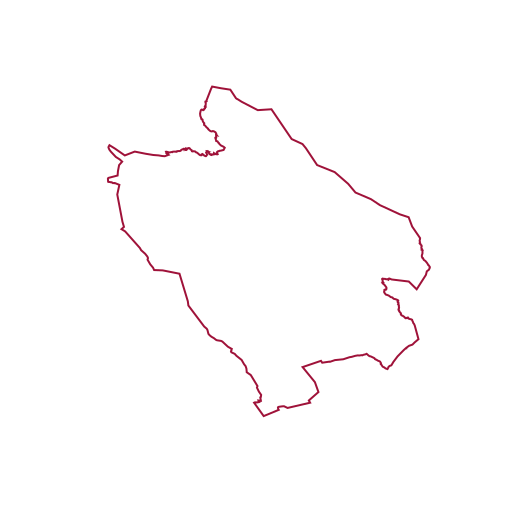 outline of Vang nor, Oppland, Norway, rotated 30°
{"feature_id": "86288312B14831556842488", "entity_name": "Vang nor", "entity_type": "district", "adm_level": 2, "iso_a3": "NOR", "parent_name": "Norway", "parent_adm1": "Oppland", "projection": "robinson", "projection_center": [8.416, 61.192], "detail": "fine", "context": "isolated", "style": "outline", "palette": "rose", "viewbox_px": 512, "rotation_deg": 30, "n_neighbors": 0, "source": "geoboundaries", "source_scale": "gbopen_adm2", "svg_char_len": 6090}
<svg xmlns="http://www.w3.org/2000/svg" viewBox="0 0 512 512"><g transform="rotate(30 256 256)"><path d="M174.8,319.1L182.4,315.1L198.6,309.6L219.6,329.3L222.2,332.7L246.4,343.0L249.7,343.6L251.0,344.4L253.7,347.2L255.4,347.8L257.8,348.2L260.6,348.2L263.2,348.6L264.3,348.5L268.2,347.0L269.6,346.9L277.0,348.6L281.5,348.6L281.6,349.5L281.9,349.9L281.9,350.4L282.0,351.1L282.8,351.7L286.5,351.4L288.9,352.2L295.5,353.2L299.8,355.7L302.1,356.6L304.0,358.3L306.1,361.3L311.0,361.7L322.3,367.9L322.6,369.5L326.3,372.0L329.9,373.7L330.7,375.7L330.4,376.3L332.6,378.9L330.4,379.9L331.2,380.5L331.6,380.6L331.2,381.0L331.4,381.2L329.9,382.5L329.4,382.6L328.1,383.4L327.7,384.0L342.7,390.8L352.6,377.9L351.7,377.4L350.7,376.1L350.8,375.7L351.3,375.1L354.0,373.0L355.4,372.1L359.3,371.8L376.2,356.0L374.0,354.7L378.1,342.6L370.1,335.8L351.9,328.9L364.7,314.3L366.7,315.3L372.5,310.7L372.9,310.7L376.4,306.7L383.2,301.8L387.6,296.9L389.3,295.5L391.8,292.9L393.8,291.2L395.1,290.6L397.0,289.1L397.7,288.9L398.4,287.9L399.9,286.5L400.7,285.4L403.2,285.9L404.4,286.0L405.4,285.6L409.1,285.3L410.0,285.4L410.6,285.8L411.4,285.8L412.0,285.6L413.8,285.7L415.7,285.4L416.4,285.5L417.9,286.4L417.9,286.5L417.8,286.8L417.9,287.1L418.0,287.2L419.1,287.5L420.8,288.4L421.9,288.5L422.8,288.3L424.3,288.6L426.4,288.2L426.4,286.8L426.2,286.2L426.6,284.5L427.8,283.1L427.9,282.6L427.9,280.3L428.0,279.8L427.9,279.3L428.8,272.1L431.0,263.6L432.0,260.5L432.3,260.5L432.2,260.1L433.4,257.3L435.8,254.5L436.6,251.5L438.3,246.8L428.2,236.8L426.8,235.8L425.7,235.4L425.0,234.7L423.5,233.7L423.1,233.2L422.3,233.2L419.9,233.9L418.3,233.3L418.0,233.7L418.1,234.1L417.1,234.5L416.9,235.0L415.8,235.0L414.8,234.5L414.1,234.6L412.9,234.4L412.1,234.6L411.3,234.5L410.4,233.9L410.4,233.5L409.6,232.9L408.6,232.7L407.5,232.2L407.3,231.7L406.3,231.4L406.0,230.8L406.2,230.4L406.1,230.1L405.5,229.1L405.5,228.8L404.6,227.9L404.4,227.2L403.4,226.9L403.5,226.6L403.0,226.1L403.0,225.5L402.8,225.3L402.0,225.2L401.5,224.9L401.3,224.4L401.6,223.6L401.4,223.4L400.6,223.3L398.6,223.6L396.7,224.2L395.6,224.0L394.9,223.7L393.2,224.2L390.8,223.9L388.7,224.2L388.1,224.5L387.2,224.3L385.6,223.6L385.0,223.2L384.7,222.6L384.7,222.2L384.1,221.2L384.2,220.9L385.3,220.3L385.5,219.8L385.4,219.4L385.1,219.1L385.1,218.6L384.6,218.0L381.9,216.8L379.7,216.4L378.9,216.1L379.5,215.3L378.3,214.7L378.2,214.4L377.7,213.6L376.9,213.1L376.7,212.7L377.0,212.2L378.1,211.9L379.1,211.3L380.3,211.1L381.2,210.5L382.4,210.4L382.2,209.8L382.6,209.6L382.5,209.0L382.8,208.8L385.2,208.5L401.1,201.7L411.8,204.5L412.6,187.4L411.6,183.9L412.6,181.4L412.4,179.3L412.0,179.0L412.0,178.6L410.3,177.7L409.6,177.7L409.3,177.4L407.6,176.5L405.2,175.6L403.4,175.5L402.6,175.1L402.4,174.8L401.5,174.3L401.2,174.5L400.0,173.7L399.3,172.5L398.9,170.6L397.3,167.8L397.1,167.8L397.2,167.7L396.5,167.3L396.5,167.1L396.3,167.0L395.3,166.5L395.0,166.1L394.8,165.4L394.4,164.8L394.5,164.5L393.9,164.0L392.9,163.8L391.6,163.3L391.8,162.8L390.9,162.2L390.8,161.7L390.1,161.0L389.9,160.6L389.8,159.8L389.4,159.3L389.2,158.5L376.5,152.4L368.8,146.1L359.7,148.0L337.9,150.0L327.2,149.3L310.4,151.3L299.7,147.4L282.2,144.0L263.5,146.7L245.3,137.7L240.3,135.8L228.4,136.9L196.0,121.2L184.6,128.8L166.5,129.6L161.6,129.4L160.8,129.5L159.8,129.4L150.6,124.8L141.6,128.3L133.3,131.2L133.5,133.8L135.4,146.2L135.9,146.6L135.8,147.0L135.0,147.6L135.1,147.9L136.3,149.1L137.0,150.7L137.3,151.2L137.3,151.5L136.9,151.7L136.9,152.0L137.9,152.2L137.7,152.9L138.0,153.6L137.5,154.3L137.8,154.9L137.7,155.6L137.3,156.2L135.9,156.2L135.5,156.7L135.4,157.5L135.7,158.7L136.4,160.7L137.8,162.6L139.3,163.7L140.0,164.6L140.4,164.8L140.9,164.5L141.5,164.6L142.2,165.6L143.1,166.3L144.8,166.9L144.8,167.4L145.6,168.5L146.8,168.5L148.5,169.2L150.9,169.7L151.2,170.1L153.7,170.6L154.8,170.5L155.6,170.1L156.0,169.5L157.0,169.1L159.0,169.1L160.2,169.8L161.0,170.5L161.0,170.9L161.6,171.1L161.0,171.3L161.7,172.3L161.7,172.5L161.5,172.4L162.4,173.4L162.4,173.7L162.0,173.6L161.8,173.8L162.1,174.1L162.0,174.3L162.5,174.6L162.8,175.1L163.7,175.9L164.1,176.0L164.2,176.3L165.4,176.0L166.9,176.8L167.3,176.7L168.3,177.3L170.4,177.8L173.3,177.6L174.8,177.9L174.9,180.4L172.7,182.5L171.9,183.0L171.6,183.6L171.1,183.9L171.1,184.1L170.7,184.4L170.7,184.7L170.3,185.2L170.4,185.7L171.0,186.4L171.9,187.0L171.7,187.3L171.0,187.6L170.1,187.4L170.0,187.5L170.3,187.8L169.8,188.1L168.1,187.9L168.3,188.5L168.9,188.9L168.1,189.6L166.6,190.2L166.5,190.5L166.8,190.9L166.6,191.0L165.8,190.7L165.3,190.8L165.0,191.0L164.8,190.7L164.4,190.7L164.4,190.4L163.3,190.0L163.2,189.4L161.5,189.3L160.9,189.0L161.6,189.5L160.9,189.8L161.0,189.9L162.1,189.7L161.1,190.6L161.1,191.4L162.4,192.1L162.8,192.5L163.0,193.2L162.8,194.5L162.3,194.8L160.8,194.9L160.4,194.7L159.2,194.6L158.7,194.4L158.2,195.0L158.6,195.5L158.5,195.9L158.2,196.2L157.1,196.6L155.9,196.5L154.1,196.1L152.9,196.0L152.4,196.2L150.9,195.9L149.3,196.6L149.0,197.0L148.5,197.3L148.1,197.3L147.2,196.5L146.5,196.8L146.7,196.7L144.6,195.9L144.0,196.0L143.7,196.4L143.3,196.5L143.1,197.4L142.7,197.9L142.8,198.8L142.6,199.1L142.4,199.2L142.1,198.1L141.4,197.8L141.1,198.6L140.4,199.0L140.4,199.3L140.3,199.2L139.7,199.4L139.7,199.6L139.4,200.1L139.0,200.3L138.2,201.6L138.1,202.6L137.4,203.3L136.0,204.1L135.1,204.9L135.3,205.1L135.2,205.4L132.9,206.5L131.7,207.4L131.6,207.9L131.0,208.1L129.2,209.7L126.4,210.4L126.0,210.7L126.4,211.0L127.3,210.8L126.5,211.2L126.7,211.5L127.6,211.6L127.7,211.8L128.4,211.9L128.6,211.6L129.2,211.8L129.4,211.9L129.0,212.1L129.6,212.2L127.1,215.2L124.8,216.3L121.3,217.6L116.5,219.9L109.4,222.6L98.8,226.2L92.1,234.5L80.1,233.5L73.7,233.3L73.7,235.0L73.9,235.7L74.2,236.0L75.8,237.2L78.1,238.2L85.1,240.3L89.7,240.5L92.9,241.2L92.0,245.7L94.0,251.5L95.9,255.5L89.1,262.2L89.1,263.1L90.8,265.6L91.0,265.7L92.7,264.9L93.7,264.7L94.1,264.3L95.7,264.4L96.2,264.0L96.9,263.8L97.0,263.5L97.2,263.4L102.1,262.7L105.1,272.1L123.2,293.1L127.1,296.8L126.1,300.0L130.3,300.1L151.4,307.1L153.6,308.4L158.9,309.5L162.2,310.8L163.5,311.8L163.9,313.4L168.6,316.1L172.7,317.6L174.8,319.1Z" fill="none" stroke="#9f1239" stroke-width="2"/></g></svg>